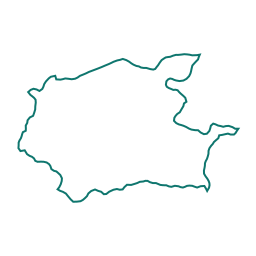 São José do Rio Preto, São Paulo, Brazil (Mercator projection), rotated 88°
{"feature_id": "56859067B4650924298667", "entity_name": "São José do Rio Preto", "entity_type": "district", "adm_level": 2, "iso_a3": "BRA", "parent_name": "Brazil", "parent_adm1": "São Paulo", "projection": "mercator", "projection_center": [-49.362, -20.784], "detail": "fine", "context": "isolated", "style": "outline", "palette": "teal", "viewbox_px": 256, "rotation_deg": 88, "n_neighbors": 0, "source": "geoboundaries", "source_scale": "gbopen_adm2", "svg_char_len": 3042}
<svg xmlns="http://www.w3.org/2000/svg" viewBox="0 0 256 256"><g transform="rotate(88 128 128)"><path d="M136.7,236.9L138.8,237.8L141.5,237.9L144.3,238.2L147.3,236.3L146.7,232.0L150.6,229.8L152.4,227.3L153.4,225.0L155.1,223.0L157.6,221.8L158.6,219.6L158.6,216.2L158.8,213.5L159.6,210.5L161.4,208.1L163.3,206.9L166.4,206.0L168.2,203.5L168.9,201.1L170.4,199.5L172.6,197.3L175.9,195.8L178.7,196.1L181.9,197.2L184.8,198.8L186.8,200.5L188.4,198.1L189.5,195.3L191.4,192.3L193.7,190.6L197.3,187.8L199.8,185.3L199.8,181.5L199.5,178.0L198.3,175.6L196.7,173.6L194.7,171.4L192.0,169.9L189.7,167.0L188.3,163.1L189.8,160.0L190.8,157.0L193.3,154.5L193.2,152.0L191.0,149.0L189.2,144.7L188.6,141.2L189.4,138.4L189.2,135.5L186.9,133.6L184.7,131.0L185.0,126.8L183.9,122.7L183.3,120.6L182.2,118.1L182.0,114.6L181.4,112.5L181.5,110.3L182.9,108.0L183.9,105.1L184.0,102.0L185.0,99.8L186.0,97.7L186.4,95.0L186.6,91.7L187.8,89.1L188.3,86.7L187.4,83.2L188.0,79.5L188.9,77.6L189.4,75.2L188.8,73.2L187.9,71.1L187.7,68.7L188.0,65.8L188.9,63.7L189.9,61.0L188.7,57.4L188.6,53.7L191.3,52.2L193.7,51.1L190.5,49.1L188.0,48.5L185.8,48.6L183.7,49.3L181.4,50.5L179.1,52.1L176.3,53.6L173.2,53.6L170.4,52.9L168.5,52.5L165.9,52.3L163.9,51.5L161.5,50.1L159.3,49.3L156.7,48.5L153.6,48.3L151.0,47.3L148.6,45.5L147.0,43.9L145.0,42.6L143.1,40.3L141.4,38.1L138.5,37.1L138.2,34.3L137.5,30.6L137.1,28.3L138.1,25.7L138.2,22.3L136.8,20.7L134.8,19.4L132.6,17.8L132.5,20.9L130.8,23.5L129.4,27.3L129.5,30.1L130.1,32.8L129.3,35.3L128.7,37.9L127.4,40.4L126.6,42.7L128.6,45.1L131.4,45.9L133.8,46.8L136.5,49.4L136.8,52.4L135.0,55.6L132.7,58.0L132.5,61.0L131.8,64.6L130.8,66.9L129.0,69.8L127.7,72.5L126.9,74.7L126.2,77.0L124.8,79.6L122.4,81.8L119.4,81.3L117.5,80.0L115.7,78.3L114.1,75.7L111.2,73.9L108.1,71.9L105.4,71.2L103.8,68.7L99.8,69.7L97.8,71.6L95.3,74.3L93.8,75.7L92.0,77.1L91.4,79.2L91.5,81.4L90.4,83.7L89.5,85.8L88.1,87.8L86.1,88.6L82.7,88.0L80.8,86.2L80.0,84.2L80.5,82.1L81.5,80.2L82.2,78.2L82.9,74.9L82.5,71.0L80.9,67.8L78.3,65.1L75.7,63.7L73.5,63.0L71.0,62.4L67.8,61.5L65.7,59.5L63.8,57.6L61.9,55.6L59.3,54.7L57.2,53.7L57.6,56.4L57.6,59.1L57.6,61.3L56.9,63.9L56.5,66.4L56.2,69.2L56.5,72.2L56.7,75.4L56.6,77.6L57.3,80.5L58.3,83.3L58.5,85.8L58.8,87.9L59.9,89.8L61.3,92.0L63.8,94.0L66.4,95.8L68.1,97.3L69.9,98.7L70.5,100.7L69.9,103.7L68.6,107.6L68.5,110.4L68.0,112.9L66.8,115.0L66.3,117.4L64.9,120.3L63.5,122.4L61.8,124.5L60.1,127.3L58.8,130.8L59.6,133.5L60.1,136.4L61.3,140.1L62.3,142.3L63.4,144.9L64.8,148.7L66.2,152.3L67.7,156.5L70.6,165.1L71.9,168.0L72.9,170.6L74.2,174.2L75.8,176.6L76.9,179.1L77.3,182.6L76.7,186.0L76.3,189.0L76.9,191.4L77.3,193.8L76.9,198.0L73.3,198.9L74.1,203.3L75.6,205.4L78.6,208.4L81.2,210.2L83.8,211.1L86.0,212.3L87.9,215.2L86.3,218.0L85.5,221.1L86.5,223.9L88.6,226.5L91.5,224.4L92.9,222.7L94.5,220.9L96.5,219.4L99.4,219.3L103.1,219.9L106.2,220.1L109.2,221.1L112.5,222.4L114.0,225.7L116.8,228.1L119.3,228.5L122.0,230.1L125.0,230.1L127.2,230.3L128.5,233.2L130.5,234.0L132.5,234.6L134.5,235.4L136.7,236.9Z" fill="none" stroke="#0f766e" stroke-width="2"/></g></svg>